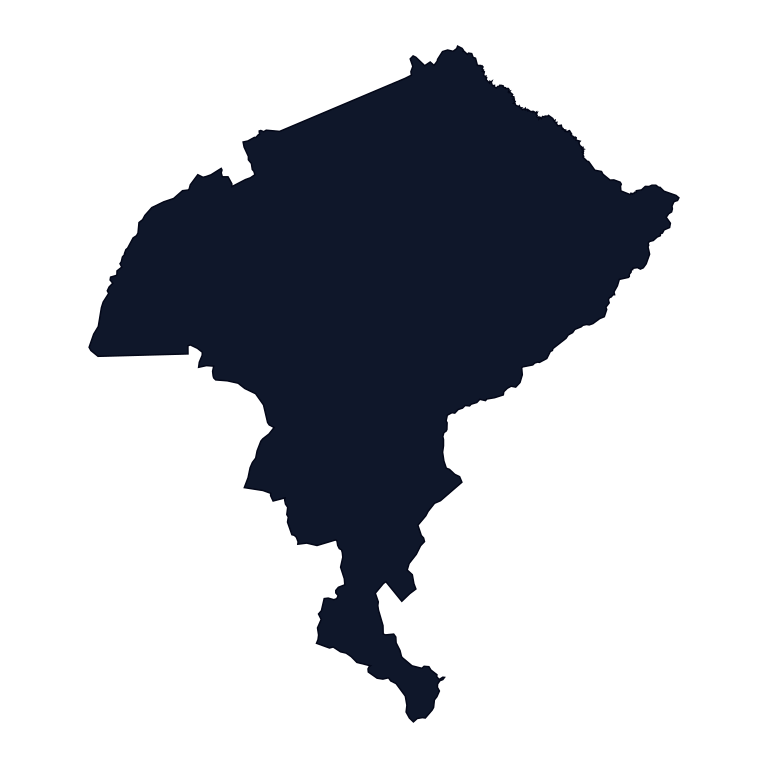 outline of Mampong Municipal, Ashanti, Ghana
{"feature_id": "2480657B66784074859314", "entity_name": "Mampong Municipal", "entity_type": "district", "adm_level": 2, "iso_a3": "GHA", "parent_name": "Ghana", "parent_adm1": "Ashanti", "projection": "albers", "projection_center": [-1.392, 7.114], "detail": "fine", "context": "isolated", "style": "filled", "palette": "ink", "viewbox_px": 768, "rotation_deg": 0, "n_neighbors": 0, "source": "geoboundaries", "source_scale": "gbopen_adm2", "svg_char_len": 6045}
<svg xmlns="http://www.w3.org/2000/svg" viewBox="0 0 768 768"><path d="M413.4,721.9L417.2,718.5L422.4,717.6L425.3,718.0L432.1,710.1L433.6,707.4L434.4,699.9L436.9,696.7L439.4,691.0L437.4,687.3L437.6,684.0L439.9,680.7L442.8,679.6L444.5,677.4L442.8,677.2L439.7,679.2L438.6,678.9L436.6,676.5L437.0,674.8L430.9,670.0L428.9,666.7L424.1,666.3L421.9,668.3L412.0,665.8L402.6,657.9L401.5,656.6L400.0,650.5L396.1,642.8L395.8,637.0L393.7,634.1L385.5,634.9L383.2,634.0L383.0,625.6L378.5,610.2L377.8,605.6L378.3,601.9L375.3,593.2L383.4,583.5L385.9,581.7L401.8,601.3L409.8,593.6L415.9,589.0L413.9,583.7L412.3,574.7L407.2,570.0L409.1,563.5L416.3,554.3L420.6,545.7L424.5,541.6L423.6,538.0L421.3,535.5L417.9,525.2L425.8,515.8L428.1,511.4L434.5,503.3L440.5,500.7L461.9,482.2L459.6,476.7L454.7,474.3L449.5,469.4L446.3,468.2L443.9,461.0L442.6,452.2L443.5,445.9L443.5,439.5L442.8,436.5L443.9,432.6L446.1,431.1L446.9,429.5L447.1,422.7L446.1,420.9L447.3,415.2L451.9,412.7L454.8,413.1L458.2,409.5L462.5,408.1L465.1,405.5L469.6,405.9L471.1,404.2L476.8,402.5L479.8,399.3L485.5,400.6L486.8,399.0L494.6,397.7L503.3,394.9L503.8,391.7L507.3,388.3L511.1,386.2L515.7,387.1L520.0,382.5L522.3,374.8L521.7,367.8L522.6,366.9L532.8,364.9L534.6,363.1L537.6,362.1L539.5,362.4L546.8,358.5L550.3,351.5L552.4,350.5L552.9,348.6L566.0,338.3L568.2,335.0L572.6,332.6L574.8,329.4L581.2,326.8L582.9,325.3L586.5,324.5L589.2,324.9L592.9,323.6L599.7,318.6L604.3,316.7L606.7,309.5L605.9,307.2L609.2,302.9L608.4,299.8L609.4,297.7L611.3,296.9L612.9,294.8L614.6,294.7L614.0,291.9L617.4,285.8L619.3,279.4L628.4,277.4L629.3,276.5L629.3,274.3L631.1,272.1L631.2,269.9L632.7,269.6L632.8,268.3L637.5,267.6L640.4,269.1L643.3,267.8L646.2,263.8L649.6,254.2L648.0,246.8L648.7,245.3L648.2,243.2L649.4,241.5L653.3,240.5L657.2,237.0L660.3,235.7L660.6,233.4L662.4,233.1L664.1,229.9L669.6,227.5L670.4,223.2L666.2,217.3L668.7,213.7L671.6,211.9L672.4,208.9L672.0,206.1L673.5,202.6L674.3,201.5L677.5,200.5L678.9,197.8L676.0,195.4L664.0,191.2L660.0,187.3L658.8,187.4L655.9,185.2L651.9,185.2L649.1,186.5L645.3,186.4L641.5,189.9L636.3,190.7L636.2,192.2L634.9,192.2L634.3,193.4L633.2,193.2L632.5,194.2L631.0,193.2L630.2,194.6L620.9,190.9L620.5,186.1L621.3,184.2L620.2,182.2L613.9,179.9L610.1,180.1L602.9,174.2L601.5,171.5L594.8,170.2L588.6,161.5L587.3,161.4L582.9,157.1L583.7,156.3L582.7,154.6L583.4,153.7L582.3,152.3L583.3,152.2L583.6,151.0L582.4,149.8L583.8,149.2L582.9,148.9L583.0,147.6L581.4,148.4L581.2,147.8L582.0,147.2L579.8,145.5L578.9,142.7L580.1,141.2L575.9,140.1L576.2,137.7L575.0,137.0L573.9,138.0L573.1,136.4L571.2,135.4L570.7,134.4L571.6,134.0L569.5,130.6L568.3,131.0L568.0,132.7L567.9,131.6L565.2,131.4L565.7,130.1L562.5,129.3L563.0,128.5L561.8,127.7L561.3,125.2L557.7,125.8L556.4,123.5L556.8,122.4L555.4,122.6L554.7,121.7L555.0,120.3L553.9,120.9L552.8,118.5L548.5,115.4L547.8,116.2L545.1,116.1L544.9,117.0L542.5,116.5L541.4,118.6L540.4,117.5L538.9,119.0L538.9,116.9L537.6,117.4L536.7,116.6L537.2,115.4L536.4,114.4L537.1,112.7L536.2,113.2L536.3,112.3L535.7,112.8L533.6,111.5L533.0,112.3L532.6,111.4L530.8,111.7L528.3,109.9L527.9,110.7L527.1,109.3L525.7,109.8L525.3,108.3L524.2,109.6L523.5,109.1L522.4,109.7L521.2,108.7L521.9,107.9L520.1,107.7L519.3,105.8L518.7,106.5L515.8,105.4L515.0,103.4L513.6,103.3L515.2,101.6L514.1,100.2L514.3,99.3L513.1,99.1L514.0,98.3L513.9,96.9L511.6,96.2L512.6,94.4L510.4,92.6L509.3,92.6L510.1,91.1L508.5,91.6L509.1,89.7L508.3,88.5L505.6,88.5L505.4,87.7L503.2,87.2L503.2,85.9L501.6,85.4L499.8,85.3L499.5,86.3L497.9,86.4L496.3,88.0L494.4,86.9L494.5,85.4L492.4,85.7L491.3,82.5L491.8,81.3L490.8,82.0L489.9,81.3L489.5,83.0L486.1,79.7L486.6,77.6L485.8,77.5L485.9,76.1L485.0,76.5L483.6,75.3L484.3,71.8L482.4,71.4L483.5,70.1L482.1,69.1L483.0,66.9L482.0,65.8L481.1,66.4L480.7,65.5L477.4,65.4L475.5,58.2L473.1,57.4L471.7,53.6L468.5,53.1L467.4,54.4L463.9,51.1L463.2,51.3L463.3,50.1L462.1,48.4L457.6,46.1L456.7,48.6L453.1,51.3L447.6,50.0L442.5,51.6L437.6,59.3L437.2,61.2L434.0,65.4L430.2,62.0L424.7,65.7L415.8,57.2L413.1,55.9L410.2,58.9L412.8,66.4L410.9,71.7L411.4,75.2L405.0,78.4L279.6,131.4L266.2,130.2L263.7,131.7L260.8,130.5L259.2,131.0L259.5,134.5L258.3,134.8L255.9,137.5L254.4,137.4L247.8,141.0L243.1,142.0L244.1,147.1L248.4,156.4L248.4,159.8L251.4,163.5L252.3,169.5L253.9,171.3L254.9,174.7L250.4,177.8L245.4,179.6L231.9,186.6L231.8,183.7L228.0,176.8L222.3,176.8L221.2,172.8L222.0,170.0L221.2,168.4L211.0,174.8L206.2,176.5L203.0,177.3L197.8,174.7L190.3,184.8L189.2,189.0L188.2,190.0L182.5,190.7L173.6,198.5L163.8,201.8L151.8,207.6L144.9,215.4L142.6,219.7L139.0,222.5L138.0,233.0L136.5,235.7L133.1,237.9L127.6,248.2L125.9,249.6L124.5,253.4L125.1,253.8L122.4,257.0L121.3,261.8L120.0,263.7L121.8,267.1L117.0,270.9L116.9,274.7L116.1,275.5L110.6,277.1L110.1,280.0L112.8,283.2L109.1,287.0L107.3,290.8L108.7,293.4L103.2,302.0L101.4,307.7L98.3,326.5L93.7,334.1L89.1,347.3L90.9,350.5L98.0,356.3L106.1,356.1L188.0,353.9L187.9,345.8L190.3,344.9L197.4,348.3L202.3,352.2L202.2,355.3L199.3,362.2L198.6,367.3L206.4,365.6L213.7,366.1L212.6,371.3L213.1,375.8L213.7,377.9L215.7,379.9L227.3,380.8L238.1,383.2L244.8,388.5L255.6,393.7L263.5,404.9L267.6,422.5L269.2,424.9L274.1,427.5L269.0,434.0L262.8,438.8L260.9,441.1L257.1,450.9L255.7,458.1L252.4,462.5L250.1,467.8L248.1,477.6L244.3,487.6L263.0,490.5L270.7,493.3L270.6,495.6L273.1,501.0L285.0,497.9L284.6,499.7L285.5,504.1L287.7,507.3L286.8,514.6L288.3,517.0L287.5,522.1L291.9,534.7L294.3,535.3L296.4,537.3L298.1,541.8L297.8,544.2L306.7,543.1L317.0,545.5L335.7,539.9L337.0,541.0L337.7,545.4L339.3,548.6L341.5,549.8L342.3,552.6L342.8,557.2L340.6,567.2L344.3,578.7L344.8,584.8L338.4,587.3L335.8,590.4L335.8,592.9L338.2,595.7L336.7,598.7L333.8,599.7L328.2,598.1L324.2,598.6L321.4,610.7L318.5,614.0L321.2,619.4L317.5,627.9L318.6,635.0L318.0,639.6L316.5,643.3L329.5,648.0L333.2,647.0L340.5,651.8L346.1,653.1L351.2,656.6L356.9,662.4L370.4,665.8L369.3,666.4L368.0,668.9L368.3,672.0L377.1,678.2L382.9,679.1L388.5,677.8L390.7,680.9L396.1,683.6L405.3,696.1L406.9,705.3L406.1,712.0L409.4,718.0L413.4,721.9Z" fill="#0f172a" stroke="#020617" stroke-width="1.5"/></svg>